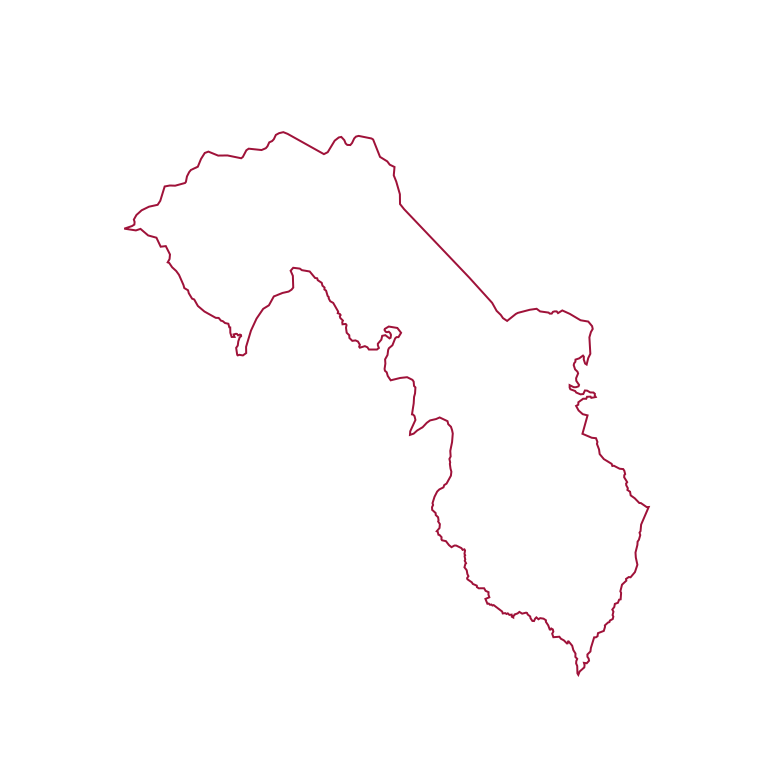 the district of Motanasela, Berea, Lesotho, rotated 194°
{"feature_id": "5366337B76858512274815", "entity_name": "Motanasela", "entity_type": "district", "adm_level": 2, "iso_a3": "LSO", "parent_name": "Lesotho", "parent_adm1": "Berea", "projection": "mercator", "projection_center": [27.805, -29.252], "detail": "fine", "context": "isolated", "style": "outline", "palette": "rose", "viewbox_px": 768, "rotation_deg": 194, "n_neighbors": 0, "source": "geoboundaries", "source_scale": "gbopen_adm2", "svg_char_len": 6153}
<svg xmlns="http://www.w3.org/2000/svg" viewBox="0 0 768 768"><g transform="rotate(194 384 384)"><path d="M474.5,607.7L477.5,607.1L479.4,608.1L481.5,611.0L485.2,613.4L487.5,612.3L490.7,608.2L494.7,595.3L497.9,592.5L538.1,603.4L542.6,604.0L546.5,602.0L549.2,599.5L550.1,594.9L551.3,592.7L553.8,590.7L554.6,586.4L555.7,584.2L559.4,581.4L572.2,579.6L574.1,577.5L575.9,570.1L577.2,568.5L591.2,567.9L600.2,565.5L610.6,567.0L613.8,564.8L616.0,558.1L617.2,549.8L623.1,545.0L624.3,542.5L625.4,537.7L625.1,532.2L625.7,530.9L634.6,525.9L639.8,524.8L644.6,522.6L645.4,507.6L647.0,503.1L654.9,499.2L661.2,493.9L665.1,488.1L666.5,483.0L665.2,480.9L664.8,478.3L666.7,476.3L673.6,471.9L661.9,473.0L657.8,475.6L648.8,471.1L640.2,470.9L633.9,463.2L629.1,465.0L623.0,457.9L622.3,453.4L623.3,449.7L621.7,449.5L617.8,446.0L613.0,443.4L609.3,440.3L602.5,431.5L601.0,428.8L596.8,427.5L595.4,424.9L590.9,420.4L588.6,420.1L583.5,414.7L575.8,410.9L563.3,407.5L560.4,408.1L557.5,406.0L555.7,406.0L553.0,404.7L549.6,404.8L547.8,401.6L546.9,401.7L545.5,396.5L543.2,392.8L540.4,393.5L541.9,395.7L539.8,396.9L538.8,397.0L537.3,395.9L535.7,397.1L534.6,396.9L534.2,395.9L535.3,394.3L535.7,390.2L535.2,385.9L536.2,383.3L533.5,376.8L532.8,376.4L531.5,377.3L527.8,377.6L525.2,380.7L526.8,386.6L526.0,403.6L523.5,416.6L519.4,427.7L514.7,432.5L512.1,442.3L504.5,447.8L498.9,450.6L496.5,453.2L495.4,455.6L498.6,466.9L502.0,471.3L500.2,474.8L493.6,475.6L491.2,474.6L483.3,475.2L476.5,470.2L474.4,470.4L473.4,468.7L468.9,467.1L467.5,464.5L465.0,463.2L464.7,461.3L462.8,460.6L460.0,455.8L458.7,455.0L458.3,453.6L456.2,451.3L452.9,450.4L446.0,443.2L446.0,441.5L443.9,441.3L442.8,440.4L443.3,439.1L442.4,437.5L439.2,435.6L439.5,433.9L438.7,431.9L435.7,433.0L434.6,432.1L434.5,429.4L432.6,424.7L429.5,422.9L428.7,420.3L425.2,418.2L422.2,419.4L419.5,418.9L416.9,416.2L417.1,414.1L416.2,413.4L411.7,416.1L409.0,415.6L407.0,413.8L399.2,415.7L397.7,417.7L399.3,420.0L399.7,421.6L397.3,426.4L397.4,430.3L394.5,431.7L389.7,429.6L388.8,430.5L389.1,433.3L390.2,434.8L392.0,435.9L393.6,435.0L395.0,435.1L396.6,436.6L396.5,437.7L393.3,440.9L384.6,441.6L379.8,437.8L381.3,433.0L383.2,432.5L384.2,431.0L385.2,423.6L387.9,419.9L388.2,418.0L387.6,413.0L388.9,408.2L387.6,404.1L387.1,398.8L386.3,397.1L384.2,396.0L382.3,392.7L378.4,389.2L369.7,393.8L363.2,396.2L357.4,394.9L355.8,393.5L354.4,389.4L352.7,388.3L351.6,382.4L351.7,378.7L350.5,372.4L349.5,361.3L348.2,361.3L346.6,360.2L344.8,356.7L347.1,344.5L346.5,340.9L343.2,343.0L340.5,347.0L336.0,351.5L333.1,356.7L330.5,359.8L325.0,362.6L321.9,365.0L313.4,363.3L311.9,360.5L308.7,358.7L306.8,355.7L305.3,352.6L303.9,344.1L303.5,335.1L301.8,329.8L302.4,327.1L300.8,323.9L300.8,322.5L299.0,318.0L297.4,315.2L296.9,311.2L299.2,302.5L301.1,300.5L301.3,298.1L304.8,295.1L306.4,292.5L307.7,286.8L308.1,280.1L307.1,278.5L307.6,276.1L306.8,273.5L302.7,271.3L302.1,269.4L299.3,267.8L298.1,265.0L298.2,263.7L295.9,261.6L295.3,257.7L297.2,253.9L296.2,253.7L294.7,250.9L293.5,250.9L291.1,249.3L290.7,247.2L289.9,246.4L285.9,246.5L282.0,243.4L279.0,242.0L276.6,244.3L274.8,244.7L269.2,243.5L267.6,242.1L266.0,243.0L265.1,242.1L264.8,238.6L263.8,237.5L264.2,236.5L262.7,233.4L262.9,232.0L261.0,229.9L261.5,229.2L261.6,225.6L258.7,223.3L257.1,219.7L255.6,218.0L256.4,215.7L255.8,214.7L250.8,212.8L249.5,211.5L245.2,210.8L244.7,209.4L242.6,208.7L237.4,210.0L235.4,207.9L232.2,207.3L231.8,205.1L230.2,202.5L233.6,200.0L230.5,195.8L229.3,196.3L227.7,195.4L226.4,196.0L225.2,195.3L224.1,196.0L214.3,191.8L213.3,190.1L210.9,191.0L209.5,190.5L208.4,191.4L206.5,190.3L204.4,191.1L203.7,189.1L202.1,188.7L202.5,190.3L201.6,191.0L201.5,192.0L198.9,193.7L197.5,195.6L194.4,194.6L190.8,196.5L189.8,196.4L188.8,195.1L185.9,193.8L185.2,192.2L182.7,190.0L181.1,190.3L180.6,192.9L179.7,194.4L177.2,193.1L175.8,194.6L172.4,194.9L169.7,193.9L169.4,192.4L166.3,189.6L163.8,185.9L162.9,186.0L162.5,187.2L160.8,186.7L159.8,184.7L160.4,182.4L158.4,179.3L152.7,181.2L150.7,179.6L147.5,178.8L143.7,176.5L143.1,176.8L143.1,178.7L142.6,178.9L138.1,175.6L135.9,171.6L133.0,168.8L132.3,165.5L130.0,164.0L130.4,161.8L130.0,159.4L128.3,157.1L126.3,150.0L125.1,148.8L124.6,152.4L121.1,157.5L121.4,159.9L122.5,161.8L119.7,162.1L118.1,165.1L119.0,167.1L120.6,168.5L121.2,170.8L119.0,174.4L119.4,177.9L118.8,189.0L117.2,189.4L115.8,190.9L116.1,194.0L111.0,197.6L110.8,201.9L111.3,203.2L108.9,206.8L107.7,207.5L107.6,209.1L105.2,211.3L105.2,213.8L106.3,215.1L106.3,218.6L107.9,220.4L106.6,223.4L106.8,226.5L104.1,228.3L103.7,231.6L102.3,232.3L103.4,238.7L104.5,240.0L104.5,246.9L101.3,251.8L102.0,253.4L99.8,255.9L98.0,256.1L95.0,262.2L94.4,269.9L97.7,276.6L99.2,281.3L99.2,289.2L99.8,292.4L99.0,294.5L98.8,299.4L100.1,301.6L99.5,303.3L100.5,309.8L97.4,328.7L99.3,328.1L105.9,330.6L107.5,330.3L113.1,333.8L117.7,335.6L119.2,339.0L122.2,340.1L122.2,341.9L124.4,344.3L125.0,346.0L124.3,347.6L128.4,351.6L128.8,353.7L128.2,354.9L129.8,357.9L131.3,359.3L134.9,358.8L141.2,360.3L142.6,359.7L143.8,361.6L152.5,364.3L157.8,368.2L159.5,372.5L162.9,377.4L162.9,379.4L165.2,382.7L169.4,382.1L179.4,383.7L178.9,402.8L183.9,402.8L188.8,405.4L192.3,409.2L190.5,410.9L191.0,413.3L187.2,417.9L184.2,418.6L183.9,420.7L180.5,421.7L179.5,420.7L175.4,422.6L176.8,424.0L177.0,425.5L178.7,426.4L181.8,425.7L185.3,426.7L187.5,426.3L188.2,422.5L190.8,421.5L195.4,422.2L196.8,423.4L201.9,424.0L203.0,425.4L203.6,427.8L199.1,426.8L196.8,427.4L194.7,428.8L194.5,430.3L198.2,433.6L199.0,436.1L198.2,441.2L199.3,442.8L202.1,444.4L204.5,448.2L204.5,450.1L203.7,451.9L204.1,454.0L200.8,456.1L197.8,459.7L196.7,458.9L196.1,456.1L193.8,452.5L192.1,451.9L192.1,458.6L191.1,463.2L196.0,479.0L195.8,484.5L194.8,487.9L196.1,490.5L200.9,494.0L208.7,493.4L220.7,497.0L228.8,498.5L232.3,494.9L234.0,496.2L236.1,495.7L237.5,494.9L238.3,492.9L240.2,492.4L241.6,493.1L250.1,492.2L254.1,493.9L260.5,491.3L271.3,485.4L273.0,483.9L279.8,475.0L284.5,476.7L287.4,479.3L292.4,482.2L298.7,488.9L326.9,507.8L406.8,558.5L412.0,562.5L414.5,572.0L421.1,583.4L425.0,588.8L426.3,597.1L431.5,598.2L434.7,600.8L442.8,603.4L453.7,618.6L455.5,619.2L468.6,618.6L471.0,617.3L472.3,615.1L473.3,610.1L474.5,607.7Z" fill="none" stroke="#9f1239" stroke-width="2"/></g></svg>